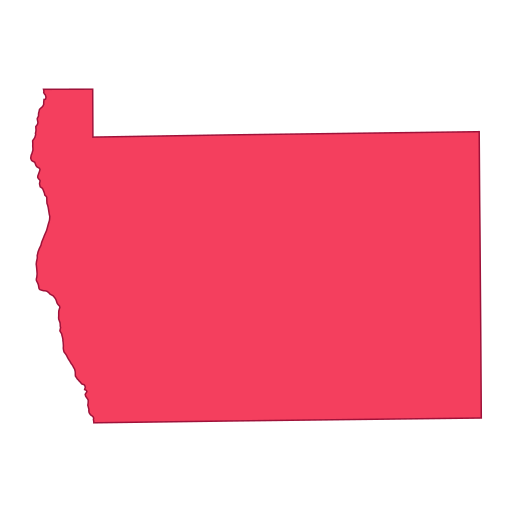 outline of Phnum Proek, Batdâmbâng, Cambodia
{"feature_id": "14789045B85132506712609", "entity_name": "Phnum Proek", "entity_type": "district", "adm_level": 2, "iso_a3": "KHM", "parent_name": "Cambodia", "parent_adm1": "Batdâmbâng", "projection": "equal_earth", "projection_center": [102.376, 13.291], "detail": "fine", "context": "isolated", "style": "filled", "palette": "rose", "viewbox_px": 512, "rotation_deg": 0, "n_neighbors": 0, "source": "geoboundaries", "source_scale": "gbopen_adm2", "svg_char_len": 2662}
<svg xmlns="http://www.w3.org/2000/svg" viewBox="0 0 512 512"><path d="M479.2,131.7L228.8,134.9L92.9,137.1L92.7,89.2L43.5,89.3L43.9,91.0L43.7,92.6L44.4,93.9L45.3,94.8L46.0,97.2L45.5,99.2L44.8,99.4L44.0,99.4L43.7,102.4L43.7,104.4L42.8,106.2L42.0,107.1L40.8,108.1L39.5,109.4L39.0,111.7L38.6,113.0L38.5,114.3L38.5,116.1L37.6,117.7L37.2,118.8L37.7,121.4L37.8,121.8L37.9,122.5L37.5,124.3L36.6,125.5L35.8,126.5L35.9,128.7L36.0,130.0L35.8,131.9L35.4,133.3L35.7,134.2L35.5,135.2L34.8,137.5L33.9,139.0L33.1,140.0L32.6,140.9L32.7,142.2L32.8,143.9L32.7,146.0L32.9,148.5L32.9,150.2L32.1,152.9L31.8,153.9L31.2,155.1L30.7,158.1L31.0,159.1L31.6,160.5L33.2,161.5L34.7,162.2L35.4,164.0L36.0,165.6L37.0,166.9L39.5,168.3L40.0,169.7L39.4,171.6L38.5,174.1L37.8,176.0L37.7,177.3L38.3,178.5L39.7,180.0L40.1,180.8L39.7,182.6L39.5,183.8L40.2,186.8L42.0,188.0L42.9,189.2L43.7,191.3L44.4,193.1L44.8,195.1L46.2,196.4L46.7,197.2L46.8,198.9L46.8,200.6L47.0,203.6L47.5,204.7L48.1,207.0L48.4,208.7L48.9,211.9L49.3,214.4L49.8,216.5L49.6,219.3L49.4,220.6L48.2,224.5L47.3,227.9L46.5,230.7L45.3,233.4L44.2,235.9L43.9,236.8L43.2,238.5L41.7,242.2L40.9,245.4L39.3,248.6L38.0,252.0L37.7,253.6L37.2,255.5L37.3,257.2L37.2,258.6L36.5,261.6L36.2,264.1L36.4,265.7L36.6,267.6L36.9,270.9L37.1,273.9L36.8,277.0L36.3,279.1L36.4,280.5L37.1,281.9L37.9,283.5L38.5,285.4L38.7,286.9L39.1,288.7L39.9,289.6L41.7,290.2L43.4,290.7L45.3,290.8L47.0,291.3L48.8,292.7L50.0,294.1L51.9,295.1L53.4,296.0L54.2,297.1L55.4,298.6L56.1,300.1L56.6,301.6L57.1,303.1L58.0,304.5L59.5,306.0L59.9,307.6L59.3,309.0L58.8,310.9L58.7,312.7L58.7,314.4L58.7,316.1L58.6,317.5L58.7,319.1L59.5,321.3L60.0,322.6L60.2,323.9L60.2,325.1L60.3,326.5L60.6,327.5L60.4,328.5L60.1,329.7L59.9,330.9L60.6,332.1L61.7,333.9L61.9,335.2L62.3,336.6L62.6,337.9L62.9,339.5L62.9,340.9L63.1,341.8L63.3,344.5L63.4,346.1L63.3,347.2L63.3,348.6L63.5,349.8L64.0,351.9L64.6,352.7L65.4,353.7L66.6,355.5L67.3,357.0L68.0,358.3L68.6,359.4L69.8,361.1L70.6,362.6L71.3,363.8L71.9,364.4L73.1,366.4L73.6,367.5L74.5,368.9L75.1,371.0L75.3,372.7L75.3,374.3L75.4,376.1L76.6,377.8L77.3,379.0L78.2,379.8L79.4,381.3L80.3,382.1L80.8,382.8L81.9,384.0L83.1,384.4L84.0,384.7L84.5,385.2L85.1,386.4L85.3,387.5L84.9,388.5L84.6,389.6L85.7,390.0L86.5,390.6L86.9,391.7L86.1,392.9L85.2,394.3L85.6,396.1L86.3,397.2L87.1,398.3L87.8,399.3L88.2,400.2L88.2,401.9L88.1,403.3L87.8,405.2L88.1,406.3L88.5,407.9L88.9,409.3L88.8,410.8L89.1,412.6L89.6,413.5L90.4,414.6L91.0,415.2L91.8,415.7L92.9,416.5L93.7,418.1L93.4,419.3L93.6,420.6L93.8,421.9L93.8,422.8L228.7,421.0L312.1,420.0L481.3,418.0L480.9,354.9L480.7,325.6L480.0,232.6L479.7,201.8L479.2,131.7Z" fill="#f43f5e" stroke="#9f1239" stroke-width="1.5"/></svg>